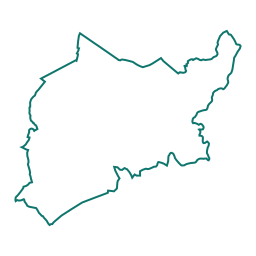 the district of Sasca Montana, Caras-Severin, Romania
{"feature_id": "2599482B70616136080188", "entity_name": "Sasca Montana", "entity_type": "district", "adm_level": 2, "iso_a3": "ROU", "parent_name": "Romania", "parent_adm1": "Caras-Severin", "projection": "mercator", "projection_center": [21.728, 44.889], "detail": "fine", "context": "isolated", "style": "outline", "palette": "teal", "viewbox_px": 256, "rotation_deg": 0, "n_neighbors": 0, "source": "geoboundaries", "source_scale": "gbopen_adm2", "svg_char_len": 5656}
<svg xmlns="http://www.w3.org/2000/svg" viewBox="0 0 256 256"><path d="M52.3,224.1L53.8,222.1L61.6,215.5L71.9,208.9L82.2,202.5L95.0,197.6L107.8,192.8L108.1,190.6L114.0,191.3L116.9,188.5L117.4,182.5L117.7,181.1L119.5,178.4L117.8,175.6L115.2,170.4L114.2,166.9L117.5,167.3L120.0,169.7L122.1,169.9L124.5,168.1L127.1,169.3L129.4,172.1L131.3,175.4L132.2,177.7L134.6,174.5L136.6,175.6L140.1,175.6L140.0,171.3L142.7,169.8L145.8,168.7L147.7,169.1L149.1,168.9L152.2,167.6L153.7,166.8L155.9,166.6L156.2,166.3L156.5,166.0L156.8,165.7L157.0,165.4L157.2,165.0L157.6,163.4L158.2,162.1L159.1,162.1L160.3,162.5L161.6,162.8L163.7,163.6L166.9,165.6L167.9,162.2L168.2,160.7L168.3,158.4L168.5,156.1L168.9,155.6L169.3,155.0L169.6,154.4L169.8,153.8L170.8,152.9L171.9,152.9L172.0,153.0L172.8,153.4L173.3,153.9L173.5,154.1L173.7,154.6L174.3,155.8L174.7,157.0L175.0,158.1L176.5,160.2L178.1,162.1L179.0,163.1L181.2,165.3L182.3,165.5L184.3,165.3L185.1,164.8L185.8,164.4L186.6,164.1L187.4,163.8L190.9,163.0L194.3,162.7L195.4,162.4L196.0,161.9L196.4,161.3L196.9,160.7L197.2,160.1L199.0,158.9L200.3,158.6L201.9,158.6L203.6,158.8L205.0,158.5L206.4,158.5L207.9,160.1L208.6,160.3L209.0,159.7L209.3,159.1L209.3,158.1L208.8,157.4L208.0,155.2L207.0,153.2L206.9,152.0L207.0,151.0L207.7,147.5L208.6,145.8L208.7,145.5L208.8,144.5L208.9,143.5L208.6,142.9L208.1,142.4L207.6,141.9L207.1,141.5L205.0,142.9L203.5,143.1L202.9,142.1L202.7,140.7L202.8,139.6L202.9,138.5L202.8,137.1L202.7,136.9L202.5,136.6L202.3,136.4L202.0,136.2L201.7,136.0L201.1,135.8L200.6,135.7L200.0,135.7L199.5,135.7L199.4,134.6L199.8,134.0L200.1,133.4L200.3,132.6L200.4,131.9L200.2,131.0L200.2,130.9L199.7,130.2L199.1,129.5L199.5,129.4L200.1,129.4L200.4,129.5L201.0,129.6L202.9,129.3L203.6,127.8L203.5,126.5L201.9,124.4L200.8,123.8L200.2,124.0L199.7,124.2L199.2,124.5L198.8,124.8L198.0,124.3L197.1,123.8L196.3,123.5L195.4,123.2L194.8,123.0L194.2,123.0L193.7,123.1L193.1,123.2L192.4,122.0L192.5,120.5L192.8,119.0L193.6,117.8L194.8,117.2L196.5,114.8L196.9,113.6L197.4,112.6L198.2,112.0L199.2,111.6L200.5,111.2L201.9,110.7L203.8,110.2L205.7,110.0L206.7,109.5L207.5,108.0L208.0,105.6L209.3,103.8L210.7,102.5L211.9,101.2L212.2,100.0L211.8,97.3L212.7,95.4L213.2,92.8L214.5,91.4L215.7,90.6L217.1,90.1L218.1,89.1L220.1,88.4L221.8,88.4L223.2,89.2L224.3,88.6L226.8,85.3L228.2,82.7L228.1,81.0L227.9,80.3L227.7,79.6L227.6,78.9L227.6,78.1L228.6,75.3L229.3,74.7L230.1,74.0L230.8,73.3L231.4,72.6L232.4,69.5L233.9,60.0L234.2,57.6L235.1,56.4L237.7,51.6L239.9,48.5L240.6,46.1L239.7,44.9L238.9,44.7L237.0,44.5L236.2,44.0L235.7,42.8L235.2,41.6L234.6,40.5L234.0,39.3L232.6,37.2L231.1,35.1L230.9,34.9L230.2,34.5L229.1,34.5L228.6,34.0L227.4,31.9L226.8,31.0L226.0,31.3L223.2,32.7L220.1,36.1L218.0,41.0L217.5,42.8L217.8,43.6L218.0,44.5L217.7,45.3L217.0,46.5L216.0,48.9L216.0,49.9L217.4,52.9L217.5,53.6L217.5,54.1L217.3,54.6L216.9,55.3L216.4,55.9L215.9,56.2L213.5,57.2L211.8,58.8L210.8,59.3L205.3,60.0L203.1,59.5L201.3,60.2L201.2,60.1L200.3,60.1L199.7,59.9L198.0,58.8L197.4,58.7L196.3,58.3L195.6,58.5L195.4,58.7L194.5,59.3L193.9,59.3L193.3,59.9L193.0,60.0L192.6,59.7L192.1,59.2L190.6,59.5L190.0,59.8L189.7,60.0L188.2,60.9L187.8,61.4L187.9,62.1L188.0,62.9L187.6,63.4L187.2,63.8L186.8,64.0L186.5,64.2L186.8,65.0L186.8,65.4L186.7,66.0L186.4,65.9L185.9,65.8L184.8,65.8L184.5,66.0L184.7,66.4L185.2,67.3L185.2,67.8L185.4,69.1L185.5,69.5L185.8,70.3L186.0,70.6L186.1,70.9L185.8,71.5L185.4,72.1L184.5,72.5L183.9,72.7L183.1,72.8L181.4,72.5L180.9,72.6L180.1,72.2L179.2,72.6L178.7,73.2L178.2,73.5L175.2,71.0L163.5,61.2L161.0,58.1L152.5,63.5L149.6,65.1L142.8,67.2L140.1,66.2L137.6,65.0L136.4,64.3L135.2,63.5L134.0,62.7L132.8,61.9L125.8,60.1L122.2,59.5L121.0,59.8L120.7,60.0L120.4,60.3L119.6,60.2L118.5,60.0L117.9,59.4L98.1,45.7L95.4,43.9L80.0,33.3L78.9,35.8L78.1,41.3L77.5,47.8L79.0,48.3L78.4,49.9L78.4,50.6L77.7,51.8L77.4,52.5L76.9,53.5L78.0,54.2L77.6,56.5L76.9,58.9L77.0,58.9L76.5,60.7L75.9,60.2L49.2,74.3L41.0,78.6L44.9,81.7L37.9,90.4L37.5,90.6L36.5,91.9L36.2,92.2L35.9,92.6L35.7,93.1L35.6,93.4L35.6,93.5L35.4,94.3L35.2,94.6L35.1,95.1L34.7,95.7L34.4,95.9L33.5,96.6L32.8,97.3L32.6,97.5L32.3,97.9L31.8,98.5L31.3,99.1L30.8,100.3L30.4,101.5L30.2,102.4L30.1,102.9L30.2,104.1L30.2,105.8L30.2,106.8L29.9,107.0L29.7,107.1L29.5,107.5L29.5,108.0L29.5,108.5L29.6,109.0L29.5,109.9L29.6,110.5L29.6,111.2L29.5,111.9L29.4,112.7L29.4,112.8L29.7,114.1L30.1,114.7L30.4,115.3L30.4,115.7L30.5,116.0L30.4,116.3L30.3,116.8L30.2,117.0L30.3,117.4L30.3,118.1L30.5,119.0L30.8,120.2L31.2,120.9L32.4,121.7L32.5,121.9L32.8,122.7L32.9,122.8L33.1,122.9L33.7,123.0L33.8,123.1L34.2,123.8L34.7,124.6L35.5,125.0L35.9,125.4L36.6,126.5L36.7,127.1L37.2,128.4L37.4,129.0L36.9,129.3L36.5,129.5L35.0,130.3L34.4,130.7L34.2,130.9L34.0,130.7L33.9,129.8L33.8,129.6L33.4,129.3L32.8,129.2L32.5,128.9L32.1,128.7L31.7,128.6L31.2,128.7L30.5,128.9L29.8,129.4L29.3,129.9L29.1,130.2L29.1,130.5L29.1,130.9L29.2,132.5L28.9,132.8L28.8,133.2L28.0,135.4L27.8,136.2L27.6,137.1L29.5,137.5L29.4,138.2L29.0,139.3L28.6,140.3L27.8,141.3L26.8,142.7L26.5,143.3L25.7,144.5L23.6,146.3L22.8,146.9L22.4,147.0L21.8,147.2L26.3,149.5L28.1,150.0L27.2,152.6L27.3,155.8L28.4,159.9L28.5,162.5L27.9,164.2L29.7,170.4L30.1,172.9L29.7,174.3L30.5,176.2L31.0,179.0L31.3,179.8L31.6,180.6L31.8,181.5L32.0,182.3L29.6,182.8L28.0,184.7L26.0,186.0L23.5,186.7L23.2,188.2L22.8,188.7L20.7,191.6L18.4,194.5L17.8,195.2L15.7,197.4L15.4,200.0L15.7,201.1L17.2,200.1L19.0,200.6L21.1,200.3L23.8,199.2L24.3,199.9L24.5,201.5L25.3,202.5L26.1,203.6L26.8,204.8L27.5,206.0L29.5,206.8L36.2,208.1L37.7,210.5L39.0,212.9L40.4,214.3L41.7,215.8L42.9,216.2L44.0,217.8L46.5,220.5L48.5,223.9L49.6,225.0L50.9,224.1L52.3,224.1Z" fill="none" stroke="#0f766e" stroke-width="2"/></svg>